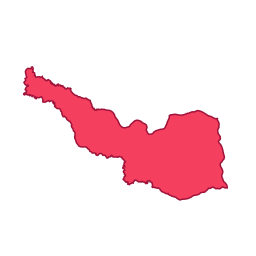 outline of Santuario, Risaralda, Colombia, rotated 161°
{"feature_id": "7082276B9908924507903", "entity_name": "Santuario", "entity_type": "district", "adm_level": 2, "iso_a3": "COL", "parent_name": "Colombia", "parent_adm1": "Risaralda", "projection": "mercator", "projection_center": [-75.953, 5.022], "detail": "fine", "context": "isolated", "style": "filled", "palette": "rose", "viewbox_px": 256, "rotation_deg": 161, "n_neighbors": 0, "source": "geoboundaries", "source_scale": "gbopen_adm2", "svg_char_len": 5909}
<svg xmlns="http://www.w3.org/2000/svg" viewBox="0 0 256 256"><g transform="rotate(161 128 128)"><path d="M215.3,193.1L213.7,193.1L212.9,193.4L212.6,193.2L212.5,192.1L210.5,191.6L210.8,191.1L210.5,190.6L209.6,190.8L209.2,190.7L209.2,190.2L208.7,189.7L208.4,189.0L207.7,189.6L207.1,189.5L206.7,188.8L206.5,187.7L205.6,187.5L205.8,187.0L206.3,186.8L205.4,185.6L205.1,185.6L204.6,186.6L203.7,186.5L202.9,185.8L202.3,185.6L199.8,185.7L199.5,185.2L199.1,182.3L200.0,181.0L200.0,180.4L199.7,180.1L197.8,179.4L194.2,179.9L193.7,178.5L191.6,178.8L189.9,177.4L189.9,177.0L190.5,176.6L189.6,176.2L189.4,175.9L190.5,175.5L190.3,175.2L189.4,175.0L190.0,174.2L189.4,172.8L190.3,172.5L190.2,171.9L188.7,169.5L186.4,168.5L186.0,167.8L186.0,165.7L185.4,164.7L185.9,163.1L185.8,160.2L185.5,159.7L184.2,159.8L183.6,158.2L182.9,157.6L183.1,156.3L182.6,155.2L181.2,153.5L181.3,153.3L180.7,152.8L180.0,149.6L180.8,148.6L180.9,147.6L180.8,146.5L180.3,145.3L180.5,142.9L179.8,142.1L179.7,140.5L180.5,138.5L180.5,137.8L181.2,137.4L181.3,136.4L181.7,135.8L181.5,134.5L181.5,130.6L180.2,126.7L179.1,125.8L176.8,124.7L174.7,124.2L173.3,123.1L173.0,122.8L173.0,121.8L171.8,120.3L171.6,118.4L170.4,117.2L170.0,116.0L167.9,115.3L166.6,114.4L167.1,113.3L166.4,112.3L165.4,112.0L163.4,113.1L161.5,112.6L161.1,112.0L160.6,110.3L159.5,110.2L158.4,109.4L158.2,108.0L157.6,107.2L157.6,106.3L156.9,106.2L155.4,107.1L154.4,106.5L153.8,106.5L152.6,107.6L152.0,106.9L152.0,106.0L151.0,105.2L149.6,104.9L147.1,103.6L146.0,104.1L143.3,102.3L143.2,101.7L143.5,100.9L142.5,100.0L142.3,99.0L141.7,97.9L141.7,96.6L142.1,96.5L142.7,96.7L142.8,96.1L143.8,94.9L143.7,93.3L144.0,93.7L144.6,93.6L144.2,93.2L144.5,92.8L145.2,92.5L145.5,92.0L145.9,92.0L145.9,91.6L145.2,91.7L144.8,89.6L145.0,89.0L145.8,89.0L146.5,88.5L146.6,87.3L146.1,86.6L146.4,85.2L145.9,84.9L146.0,83.5L146.9,83.5L147.8,82.7L147.7,82.3L149.2,81.2L149.3,80.8L148.8,80.5L148.7,79.8L147.5,77.4L146.1,77.3L145.7,76.9L146.3,76.2L146.0,75.7L146.4,74.9L145.7,74.7L145.3,74.0L144.9,74.1L144.7,74.5L143.8,74.6L143.3,74.4L141.9,74.8L141.1,74.2L140.5,75.3L139.9,75.4L138.7,76.5L138.0,76.1L137.4,76.1L137.2,75.6L136.2,74.8L135.8,73.7L135.0,73.6L134.1,73.0L133.3,73.1L132.7,72.6L132.2,73.0L131.7,72.8L131.4,72.1L130.1,71.4L129.2,69.6L128.6,69.8L127.9,69.3L127.1,69.9L127.3,70.2L128.5,70.3L128.6,70.5L127.4,71.4L126.5,71.2L125.9,71.4L124.6,71.2L124.8,70.0L124.0,69.6L123.0,68.2L123.4,67.5L123.3,66.4L123.6,65.4L124.4,64.6L124.2,63.8L122.7,63.6L122.2,62.9L120.6,62.2L120.0,61.5L118.8,61.5L117.7,59.9L117.6,58.5L116.7,56.8L114.6,55.0L113.8,53.8L112.5,53.3L112.1,52.8L111.5,52.9L111.5,52.3L110.5,50.9L109.8,50.5L108.5,49.0L107.9,48.8L107.4,48.2L106.5,47.8L105.4,46.9L104.4,45.3L102.4,43.1L99.5,42.9L97.6,42.3L94.4,41.8L91.3,42.0L89.3,42.6L87.4,42.8L84.7,42.3L82.7,42.2L80.7,43.0L79.3,43.1L76.4,42.4L73.1,43.7L71.4,44.8L70.2,44.1L67.2,44.6L65.3,42.9L64.9,42.1L64.6,42.0L63.1,41.6L61.0,40.6L58.2,41.4L57.5,41.4L56.1,40.0L53.8,39.0L53.4,39.7L53.2,42.0L53.9,44.3L55.0,46.2L55.1,51.7L54.5,53.1L53.0,54.8L52.4,56.7L52.4,58.3L52.9,60.8L52.8,63.2L52.6,63.9L51.5,65.0L50.7,65.2L49.0,66.6L47.6,67.2L46.3,69.1L45.9,74.5L45.5,76.8L45.5,79.9L45.7,81.6L46.9,84.9L46.9,85.6L46.3,86.5L44.9,86.9L44.0,88.0L43.6,89.8L44.5,93.3L44.3,95.5L43.8,97.0L41.6,99.3L41.6,100.1L40.6,101.9L40.4,104.0L40.9,106.7L40.4,107.8L42.3,108.4L43.5,109.3L45.9,112.0L47.4,112.9L48.5,114.0L51.9,118.3L54.2,120.5L56.4,121.8L59.0,121.8L59.8,121.5L61.4,122.2L62.5,122.4L64.4,122.4L65.9,122.1L67.0,122.6L69.8,122.3L72.7,122.6L75.1,123.4L78.8,125.6L83.8,126.6L85.0,126.1L85.6,124.3L89.1,120.6L90.3,118.8L91.3,118.1L92.6,116.5L93.2,116.1L94.3,115.7L95.4,115.6L97.9,116.2L102.2,116.3L104.6,115.9L106.0,114.9L107.3,114.6L108.8,114.8L110.4,115.4L110.8,116.0L111.5,120.2L109.8,122.4L109.7,124.9L110.6,126.3L112.6,128.2L113.4,129.9L115.2,131.5L116.8,132.4L117.9,132.6L119.5,132.5L124.6,130.3L126.2,128.9L130.3,129.1L131.5,129.4L132.9,130.3L134.2,132.1L134.8,134.0L135.2,138.5L136.6,142.9L136.5,145.2L137.2,147.6L138.2,149.2L139.5,150.5L143.5,152.5L144.5,153.5L145.8,153.7L146.7,154.4L147.4,154.2L148.0,154.6L149.2,154.8L150.1,155.6L150.6,155.2L151.2,155.4L152.0,155.2L152.1,155.8L152.7,155.3L153.1,155.4L154.0,156.5L153.6,157.4L154.7,157.9L154.7,158.6L155.1,159.2L154.7,159.5L155.1,160.3L154.7,161.3L154.8,163.3L155.0,164.1L154.8,164.7L155.0,165.2L154.8,166.4L156.1,167.4L156.5,168.1L157.3,168.3L157.2,168.8L157.8,169.7L158.5,170.1L159.3,170.0L160.6,170.4L161.0,171.2L161.8,171.4L163.6,173.4L164.9,173.4L165.9,175.5L167.5,176.2L168.1,177.6L168.9,178.5L169.9,181.5L170.0,182.9L169.2,183.5L169.5,184.2L169.8,184.5L170.3,184.3L170.5,184.6L171.0,184.7L172.0,185.6L173.4,184.9L174.4,185.3L174.8,185.7L174.7,187.0L175.9,187.6L175.8,188.7L175.9,189.1L176.4,189.3L177.0,189.2L177.2,189.8L177.9,189.7L178.2,190.7L179.1,190.9L179.8,190.7L179.8,190.9L179.4,191.4L179.6,192.2L180.5,192.2L180.2,191.6L181.0,191.8L181.4,191.4L182.0,191.2L183.0,191.4L182.9,191.7L183.4,192.0L183.1,192.5L183.7,193.4L184.3,193.2L184.3,193.7L185.3,194.0L184.9,194.6L185.0,195.0L186.3,195.3L186.3,195.6L185.6,195.6L185.4,196.0L185.7,196.4L186.0,196.2L186.2,196.3L186.1,196.7L186.3,197.2L186.0,197.5L186.2,198.0L187.7,199.7L188.3,199.6L188.9,199.1L190.1,199.6L190.1,200.0L190.8,200.4L190.7,200.8L191.1,201.1L191.5,202.3L192.4,203.2L192.3,204.5L192.9,204.1L193.6,204.1L193.8,204.6L194.5,204.8L194.9,205.2L195.3,205.2L197.0,205.9L198.1,205.8L198.5,206.1L198.9,207.0L198.6,208.0L199.2,208.2L198.4,210.5L199.9,211.7L199.1,212.7L199.1,214.3L198.5,214.6L198.3,214.9L198.4,216.8L198.9,217.0L199.6,216.9L200.2,215.8L200.7,215.7L202.8,216.8L203.6,217.0L205.3,216.2L206.1,215.5L206.7,214.6L207.0,213.1L207.3,208.7L209.2,208.3L209.3,206.1L210.9,205.5L211.6,204.8L211.0,202.3L210.4,201.8L208.9,201.3L208.5,200.5L208.7,200.1L209.6,200.3L210.5,200.0L212.6,198.1L212.7,197.5L211.8,196.6L211.7,196.0L212.3,195.3L215.5,194.4L215.6,193.9L215.3,193.1Z" fill="#f43f5e" stroke="#9f1239" stroke-width="1.5"/></g></svg>